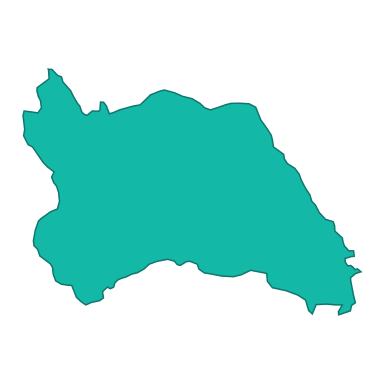 outline of Mari, Larnaca, Cyprus
{"feature_id": "46923920B82704308183910", "entity_name": "Mari", "entity_type": "district", "adm_level": 2, "iso_a3": "CYP", "parent_name": "Cyprus", "parent_adm1": "Larnaca", "projection": "orthographic", "projection_center": [33.292, 34.734], "detail": "fine", "context": "isolated", "style": "filled", "palette": "teal", "viewbox_px": 384, "rotation_deg": 0, "n_neighbors": 0, "source": "geoboundaries", "source_scale": "gbopen_adm2", "svg_char_len": 2205}
<svg xmlns="http://www.w3.org/2000/svg" viewBox="0 0 384 384"><path d="M85.8,304.9L91.5,302.4L99.5,300.7L103.5,297.9L102.5,291.7L107.4,287.1L110.3,288.7L113.6,287.2L114.8,283.1L117.7,280.0L121.2,278.4L126.4,276.8L132.0,274.0L137.3,272.8L144.1,268.9L149.2,264.2L157.0,261.3L167.8,259.3L174.4,261.2L177.4,264.7L180.4,265.4L186.2,261.7L189.9,261.3L197.4,264.2L198.8,269.0L204.3,272.9L210.6,273.9L222.1,276.1L233.6,276.7L241.4,274.7L250.7,270.3L266.7,273.4L267.4,281.4L272.4,287.7L285.8,290.6L297.9,295.1L305.6,300.1L308.7,310.6L312.3,313.9L316.2,304.6L326.2,304.1L334.7,304.8L342.3,305.0L338.4,311.7L338.7,314.8L350.4,310.9L351.5,305.5L355.4,302.8L355.0,301.2L353.4,294.9L350.8,281.2L350.5,277.8L355.6,273.5L361.0,271.8L357.5,268.9L354.8,269.5L352.7,266.9L350.6,265.5L347.7,265.8L345.4,262.3L344.9,258.5L351.2,256.6L354.2,256.3L353.6,250.8L349.9,250.8L348.9,250.9L344.3,245.8L343.1,242.2L342.3,237.9L334.9,231.1L334.6,225.8L333.2,221.7L325.4,219.3L319.3,212.6L315.3,204.9L311.8,201.3L309.8,194.7L305.7,188.6L301.5,180.6L299.0,173.9L294.7,168.2L287.5,163.7L284.4,159.0L283.7,154.4L273.4,146.9L272.5,140.5L271.3,135.3L267.2,128.9L260.8,119.9L255.7,107.2L249.1,103.8L239.4,103.2L231.0,103.4L225.8,104.7L218.3,107.4L210.4,109.9L204.6,107.8L200.1,103.5L192.1,98.7L182.7,96.4L174.6,92.8L164.3,90.0L159.3,91.3L150.4,94.9L146.2,99.1L140.1,104.9L134.1,105.9L130.6,106.8L119.5,109.9L112.9,112.8L109.3,113.7L106.4,106.0L103.6,102.3L100.5,102.1L100.3,104.8L100.0,109.8L98.7,111.2L92.2,111.0L89.2,113.5L87.2,115.3L84.1,114.3L81.6,111.7L79.9,106.3L77.2,102.9L75.2,99.4L73.2,96.0L70.5,90.5L62.9,82.0L61.5,76.9L57.7,75.5L52.0,69.5L48.3,69.2L48.5,69.5L49.1,78.8L37.1,87.7L37.0,91.3L38.3,96.4L40.5,100.7L41.4,107.9L37.8,113.0L32.7,112.1L24.1,111.0L23.0,115.7L23.9,122.5L24.7,129.6L23.6,135.7L28.1,144.6L32.5,146.9L36.5,152.7L38.8,156.1L43.0,162.2L47.1,166.6L54.1,172.0L51.6,177.0L53.7,182.6L56.6,186.2L58.6,192.5L59.5,201.4L57.3,209.0L50.5,211.8L48.7,213.1L41.5,218.2L38.5,221.0L35.4,229.9L33.4,240.7L34.0,245.6L37.7,249.4L39.9,256.0L44.4,259.3L50.5,264.0L52.5,267.4L53.2,274.1L55.7,280.9L61.4,284.2L67.0,285.1L71.7,285.4L73.6,290.1L76.5,297.4L81.4,301.9L85.8,304.9Z" fill="#14b8a6" stroke="#0f766e" stroke-width="1.5"/></svg>